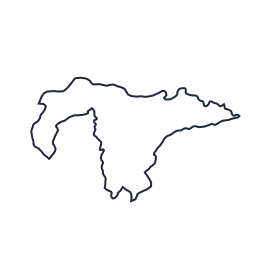 Chhimung, Pemagatsel, Bhutan (Natural Earth projection), rotated 30°
{"feature_id": "84629894B81792888214428", "entity_name": "Chhimung", "entity_type": "district", "adm_level": 2, "iso_a3": "BTN", "parent_name": "Bhutan", "parent_adm1": "Pemagatsel", "projection": "natural_earth1", "projection_center": [91.294, 27.039], "detail": "fine", "context": "isolated", "style": "outline", "palette": "slate", "viewbox_px": 256, "rotation_deg": 30, "n_neighbors": 0, "source": "geoboundaries", "source_scale": "gbopen_adm2", "svg_char_len": 5540}
<svg xmlns="http://www.w3.org/2000/svg" viewBox="0 0 256 256"><g transform="rotate(30 128 128)"><path d="M218.5,62.0L217.3,61.7L216.6,61.6L215.5,62.2L214.6,62.8L214.4,63.5L214.0,64.2L213.4,64.6L212.8,64.6L212.1,64.5L211.6,64.3L210.9,63.8L209.8,62.6L208.5,61.8L207.6,61.8L206.4,61.8L204.9,62.1L203.7,62.4L202.8,62.7L202.1,62.5L201.3,61.7L200.7,60.9L199.9,60.0L199.2,59.4L198.8,60.5L197.8,62.4L197.3,62.8L196.6,63.1L195.7,63.1L194.5,62.6L193.4,62.5L191.7,62.6L190.4,63.3L188.5,63.2L187.0,63.3L185.9,63.8L185.6,64.8L185.8,66.4L185.8,67.5L185.4,69.1L184.8,70.1L183.8,70.5L182.8,70.5L182.2,70.2L181.4,69.1L180.6,68.2L179.5,67.6L178.7,67.6L177.8,68.0L176.9,68.2L176.2,68.2L174.8,67.9L173.5,66.9L172.7,66.2L171.6,66.0L170.2,66.2L168.7,66.8L167.9,67.4L167.4,67.6L165.6,68.3L163.9,68.7L162.8,68.9L160.8,68.9L160.1,68.2L159.5,67.0L159.0,66.1L158.1,65.2L157.0,65.2L155.1,66.4L154.0,67.3L153.1,68.3L152.6,70.2L152.7,71.8L153.2,72.8L153.7,74.2L153.7,75.3L153.4,76.6L152.6,78.2L151.7,79.9L150.8,81.2L149.5,82.5L148.0,83.6L146.0,84.5L144.4,84.2L144.2,83.2L144.8,81.9L144.8,81.0L144.8,80.2L143.3,78.5L142.2,78.0L140.3,78.0L139.4,78.6L138.8,79.4L138.5,79.8L137.4,81.8L135.1,85.0L134.2,86.3L133.0,87.8L132.0,88.7L130.7,89.8L130.0,90.4L128.1,91.9L126.6,92.7L125.8,93.0L123.8,93.8L119.4,96.7L115.0,98.6L111.5,99.0L108.6,97.6L105.4,95.8L104.1,95.9L101.9,96.1L98.0,97.1L94.8,97.4L92.9,98.1L90.6,100.0L88.1,102.3L85.1,103.1L80.7,104.6L77.5,106.8L75.4,107.8L72.1,106.7L71.8,106.3L68.2,105.9L66.0,106.5L62.0,108.1L58.5,110.5L57.3,111.6L57.0,113.0L56.4,118.3L55.1,125.0L53.6,128.5L49.5,131.2L45.4,133.1L39.9,136.7L38.0,139.7L37.6,141.8L37.5,143.9L38.2,149.3L38.5,151.5L41.9,149.9L42.8,149.6L43.5,149.5L44.2,149.6L44.9,149.9L45.6,150.2L46.2,150.6L46.7,154.1L46.5,157.5L45.9,160.3L46.8,163.9L46.6,167.3L45.3,169.5L44.3,172.2L45.1,175.4L45.3,177.3L46.0,179.4L47.3,180.9L48.7,182.8L50.6,184.9L53.0,187.0L53.9,188.9L55.5,190.2L56.1,190.4L57.3,190.7L60.7,190.4L64.4,191.4L66.6,192.3L68.7,193.2L72.2,193.5L75.1,194.2L76.1,188.3L76.4,184.7L75.8,182.4L74.6,181.4L73.7,180.7L72.7,179.9L70.9,179.2L69.6,177.0L69.4,174.7L68.9,171.9L68.6,165.2L67.9,164.5L66.7,163.3L65.0,162.8L64.6,161.5L65.0,160.1L65.6,158.5L66.1,157.5L67.8,155.1L68.9,154.1L69.2,153.6L69.6,153.0L69.9,152.5L70.3,151.5L71.5,148.6L72.7,146.9L73.5,145.9L74.3,144.8L74.7,144.4L75.2,144.0L76.5,143.0L79.1,141.5L81.0,140.1L82.3,139.2L83.2,138.2L84.4,137.2L85.3,136.2L85.9,135.3L85.7,134.7L85.2,134.3L84.9,133.9L85.1,133.0L85.5,132.2L85.8,131.6L86.2,130.7L86.4,130.2L86.7,129.0L87.3,129.0L88.0,129.0L88.6,129.3L89.3,129.9L90.0,130.1L90.6,130.4L90.8,131.0L91.5,131.9L92.0,132.8L92.4,133.6L93.0,134.2L93.9,134.6L95.0,134.9L96.2,135.2L96.4,136.0L96.1,136.5L95.5,137.3L95.0,138.2L95.0,138.8L95.4,139.3L95.9,139.8L96.8,140.2L97.7,140.5L98.5,141.1L98.6,141.6L98.5,142.2L98.4,143.6L98.7,144.1L99.2,144.6L100.4,145.3L100.6,145.8L100.7,146.7L100.8,147.2L100.8,148.0L100.8,148.7L101.1,149.5L101.6,150.8L102.4,151.2L103.1,151.4L103.7,151.4L104.2,151.4L105.1,151.6L105.9,151.9L107.3,152.5L108.6,152.8L110.6,153.2L111.7,153.5L112.4,154.4L112.8,155.5L113.6,158.3L113.8,159.5L114.0,160.1L114.2,160.5L114.7,160.9L115.1,160.9L115.7,160.3L116.0,159.9L116.6,159.4L117.3,158.9L118.0,159.1L118.3,159.5L118.4,160.0L118.6,162.4L118.6,163.1L118.5,164.6L119.5,167.5L120.3,168.5L121.2,169.2L122.2,169.5L123.1,169.9L123.8,170.7L124.0,171.7L124.1,172.7L124.2,173.4L124.4,174.1L124.8,175.0L125.6,176.2L127.4,177.5L128.2,178.4L128.7,179.5L129.3,180.2L130.2,180.7L131.8,181.5L132.6,181.8L133.2,182.4L133.8,182.9L134.6,184.1L135.0,185.3L135.5,186.3L136.1,187.3L136.9,188.8L137.3,190.1L137.5,191.3L138.2,191.7L139.3,192.0L139.9,192.1L140.5,192.1L141.0,192.1L141.6,192.0L142.1,192.0L142.7,191.9L143.2,191.9L143.8,191.8L144.3,191.8L144.9,191.7L145.4,191.8L145.9,192.1L146.3,192.5L146.6,193.0L146.8,193.6L146.8,194.2L147.1,194.7L147.4,195.1L147.8,195.6L148.2,196.0L148.7,196.2L149.2,196.4L149.8,196.5L150.3,196.6L151.3,195.5L152.0,193.8L152.4,191.8L152.2,190.6L151.8,189.7L152.1,187.9L152.7,186.3L152.9,185.0L152.9,183.2L152.9,181.8L157.9,182.5L159.8,182.2L161.5,182.4L162.5,182.7L163.1,183.2L163.7,183.8L164.4,184.5L165.1,185.2L165.4,185.7L166.5,187.9L167.1,189.2L167.3,189.7L168.2,188.5L170.0,186.1L169.9,184.7L169.8,183.7L169.8,182.9L169.6,181.9L169.4,181.2L169.4,180.4L170.0,179.1L170.7,177.7L172.6,175.1L173.8,173.3L175.0,171.8L175.8,170.3L176.5,168.6L177.1,167.2L176.7,166.3L176.1,164.9L175.4,164.0L174.5,163.1L173.8,162.6L173.1,162.2L172.3,161.6L171.0,161.1L169.4,160.2L167.9,159.4L167.1,159.0L166.1,158.7L164.8,158.2L164.9,157.4L165.5,155.1L166.6,153.3L166.8,151.0L167.0,150.0L167.8,148.5L168.2,147.4L168.7,146.1L168.8,144.6L168.4,143.2L167.5,140.7L166.6,139.1L166.4,138.7L165.0,138.0L163.8,138.2L163.5,137.4L163.3,136.9L163.2,136.0L163.2,135.5L163.4,134.7L163.6,132.9L163.6,130.7L164.4,127.7L164.7,125.5L164.7,124.9L164.9,123.0L164.9,120.9L164.8,119.6L164.9,118.6L165.2,117.6L165.5,116.5L165.9,115.6L166.4,114.9L167.5,113.6L168.3,112.5L169.0,111.1L170.3,108.3L171.0,107.0L171.7,106.1L172.4,105.4L173.3,104.8L174.6,103.9L175.4,103.0L176.3,101.5L177.0,100.3L178.0,99.4L178.9,99.1L180.3,98.7L181.7,98.1L182.2,97.3L182.8,95.9L183.7,94.1L184.7,93.1L185.4,92.7L186.5,92.5L187.4,92.2L189.0,91.7L190.5,90.8L192.3,89.4L193.5,88.5L194.1,87.9L195.2,86.6L197.9,83.3L198.8,82.5L200.0,82.1L201.3,82.1L202.2,81.3L202.7,80.5L203.3,79.5L203.9,78.2L205.1,76.2L205.8,75.1L206.6,74.3L207.2,73.6L209.8,71.7L210.8,71.0L211.9,69.7L213.1,68.3L214.9,66.6L215.6,66.0L216.3,65.3L217.6,64.3L218.1,63.4L218.5,62.0Z" fill="none" stroke="#1e293b" stroke-width="2"/></g></svg>